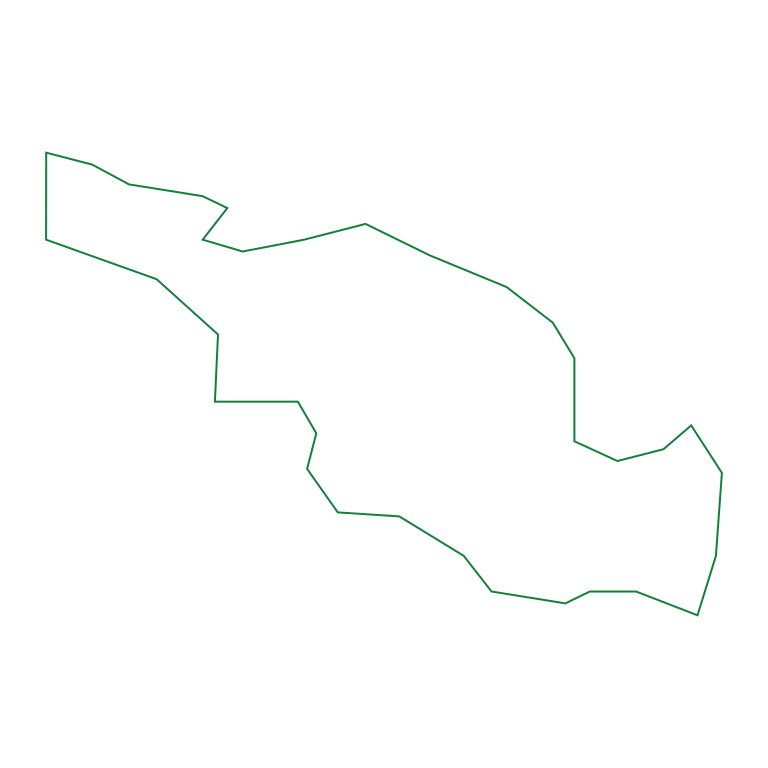 an SVG outline of Cesu
{"feature_id": "LVA-1080", "entity_name": "Cesu", "entity_type": "Municipality", "adm_level": 1, "iso_a3": "LVA", "parent_name": "Latvia", "parent_adm1": "", "projection": "natural_earth1", "projection_center": [25.407, 57.239], "detail": "fine", "context": "isolated", "style": "outline", "palette": "green", "viewbox_px": 768, "rotation_deg": 0, "n_neighbors": 0, "source": "natural_earth", "source_scale": "10m", "svg_char_len": 543}
<svg xmlns="http://www.w3.org/2000/svg" viewBox="0 0 768 768"><path d="M46.1,239.7L46.2,152.7L92.2,164.6L129.0,184.4L202.7,196.2L227.3,208.1L202.7,239.7L242.6,251.5L304.0,239.7L365.5,223.9L430.0,255.5L506.7,287.1L552.8,322.7L574.4,358.2L574.4,441.3L617.4,461.0L663.5,449.2L691.2,425.4L721.9,472.9L715.9,555.9L697.5,615.3L636.0,591.5L589.8,591.5L565.3,603.4L491.5,591.5L463.8,555.9L399.3,516.4L337.8,512.4L307.1,468.9L316.3,433.3L297.9,401.7L214.9,401.7L218.0,334.5L156.6,279.2L46.1,239.7Z" fill="none" stroke="#15803d" stroke-width="2"/></svg>